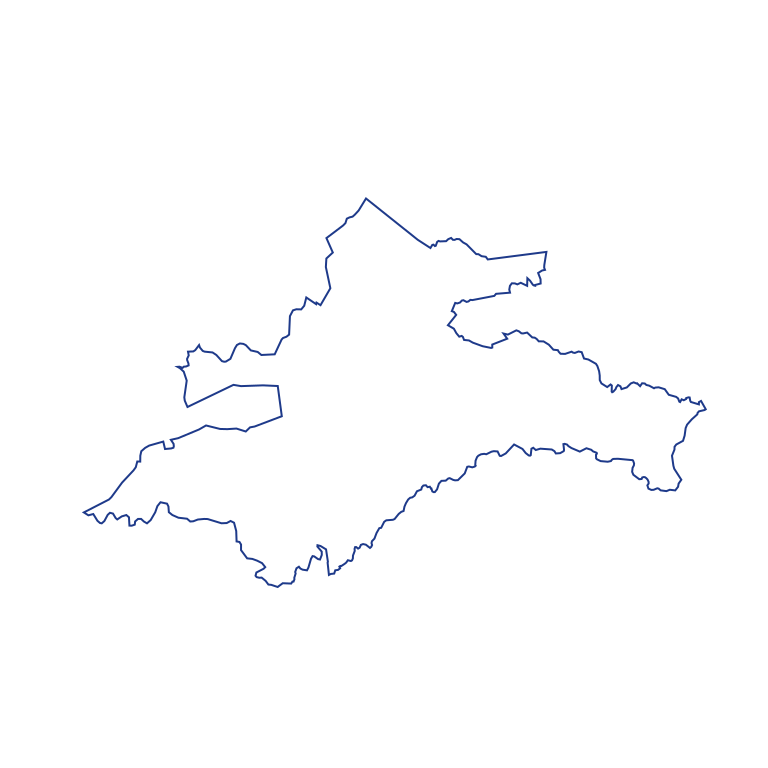 the district of Banderilla, Veracruz, Mexico, rotated 352°
{"feature_id": "50627088B79728757861785", "entity_name": "Banderilla", "entity_type": "district", "adm_level": 2, "iso_a3": "MEX", "parent_name": "Mexico", "parent_adm1": "Veracruz", "projection": "natural_earth1", "projection_center": [-96.939, 19.59], "detail": "fine", "context": "isolated", "style": "outline", "palette": "blue", "viewbox_px": 768, "rotation_deg": 352, "n_neighbors": 0, "source": "geoboundaries", "source_scale": "gbopen_adm2", "svg_char_len": 6153}
<svg xmlns="http://www.w3.org/2000/svg" viewBox="0 0 768 768"><g transform="rotate(352 384 384)"><path d="M699.1,453.8L695.6,444.9L693.3,445.8L693.0,448.0L692.3,447.7L685.4,444.5L684.9,443.2L684.8,439.9L683.6,439.6L681.3,440.0L681.1,440.9L678.6,441.8L676.6,440.6L674.7,443.1L674.0,442.6L673.2,439.2L671.5,437.4L664.5,434.3L661.3,428.2L655.5,425.5L652.1,425.3L650.8,425.8L646.3,422.5L643.7,421.5L642.3,419.8L639.7,419.2L637.3,421.8L634.7,418.5L634.2,418.7L631.5,417.1L628.5,417.8L624.0,421.2L618.5,422.1L617.8,419.2L615.6,417.6L613.6,419.5L612.7,421.2L610.0,423.5L608.8,423.9L608.4,423.2L609.4,417.2L608.3,416.0L604.6,418.1L599.4,413.7L598.2,410.2L598.8,405.6L598.8,401.3L597.8,395.9L596.7,393.5L589.8,388.2L585.6,386.6L584.2,380.0L581.2,378.9L577.3,379.8L575.5,379.2L574.3,378.1L567.5,379.4L563.0,378.6L561.4,376.2L560.9,374.7L556.5,373.6L552.7,368.0L547.9,364.0L543.2,363.3L541.4,360.6L539.7,359.1L537.3,358.5L532.9,353.0L528.7,353.3L527.1,352.9L524.8,350.5L522.5,349.3L513.6,352.3L509.4,350.7L512.3,356.3L496.7,360.0L496.3,363.0L495.1,363.2L486.9,360.3L477.7,355.4L474.2,352.7L469.4,351.5L468.7,348.4L467.6,347.2L465.1,347.6L462.7,343.7L460.9,339.0L455.5,334.7L465.1,325.6L463.3,322.4L461.3,321.3L465.8,313.6L467.8,314.4L470.6,313.9L472.7,312.2L474.3,312.1L477.2,314.2L479.1,314.0L481.2,312.7L483.3,313.2L505.5,312.1L507.5,310.3L521.5,311.1L521.2,307.9L522.4,304.3L524.6,302.1L527.6,302.6L529.9,303.9L533.5,302.8L539.4,306.7L540.7,299.2L543.0,302.0L545.2,306.4L546.2,307.3L547.3,307.7L547.3,307.0L553.1,306.3L553.6,302.0L552.1,295.5L556.4,293.6L559.3,293.4L558.8,291.1L559.3,288.5L563.2,275.8L504.1,275.1L502.5,272.2L498.4,271.0L495.6,268.6L493.4,268.2L485.2,257.2L482.0,254.8L478.9,251.1L476.1,250.5L474.0,251.1L472.3,250.8L470.8,248.7L467.8,249.5L465.4,251.2L459.4,250.6L457.9,249.9L456.4,250.7L454.5,254.3L453.6,254.5L452.4,252.9L451.2,253.0L448.9,255.8L437.5,245.9L392.0,197.8L383.0,208.7L378.6,212.3L376.2,213.9L373.1,214.2L370.2,215.1L368.2,219.3L365.6,221.3L347.3,231.5L351.6,246.7L344.4,251.7L342.7,260.1L344.2,281.7L332.1,297.1L328.5,294.0L327.9,295.5L319.1,287.5L315.9,295.4L312.4,298.6L307.6,297.8L304.1,298.4L300.3,303.7L296.9,321.9L294.0,323.6L290.4,324.4L288.8,325.7L279.9,339.4L266.6,338.2L263.4,334.7L256.8,332.2L252.6,326.3L250.3,324.7L246.9,323.8L243.8,324.9L241.4,327.8L235.4,337.7L230.5,339.8L228.8,339.7L226.7,338.8L222.0,331.9L218.6,328.9L210.9,327.0L209.1,326.0L206.8,322.3L206.3,319.7L201.8,324.2L199.7,325.2L194.4,324.7L194.6,328.5L192.5,331.7L192.4,332.9L193.2,336.4L193.1,338.4L190.5,339.1L188.1,339.0L186.8,340.0L183.9,338.4L182.0,338.3L184.1,339.9L187.4,343.9L189.1,353.2L184.4,369.4L184.4,372.8L186.2,379.4L234.8,363.9L242.1,366.2L264.0,368.5L278.5,371.2L278.3,401.7L250.0,408.1L245.3,408.3L240.5,411.8L231.7,407.6L222.6,406.9L215.4,405.7L202.0,400.3L194.5,403.3L172.6,409.0L165.2,409.6L167.3,414.0L167.2,416.4L166.6,417.8L164.3,418.2L158.1,417.9L157.4,410.3L142.9,412.3L138.6,414.0L134.3,416.8L132.7,421.1L131.8,426.9L128.9,426.4L126.6,431.9L123.9,434.7L110.9,445.2L98.3,458.1L95.6,460.1L68.9,469.4L73.0,472.9L78.0,472.3L81.2,479.6L83.4,482.1L85.1,482.7L88.0,480.8L92.2,475.1L94.7,473.4L97.6,474.6L99.6,479.4L101.0,481.0L105.9,478.6L110.6,477.9L112.9,480.5L112.2,488.8L114.4,489.2L117.6,488.6L118.4,485.5L121.6,483.4L124.7,483.8L127.1,486.8L129.9,489.0L134.0,486.3L139.6,479.2L142.6,473.4L146.2,470.0L152.5,472.3L153.5,475.3L153.1,481.0L156.2,484.3L161.8,487.8L170.2,490.0L173.0,493.2L176.0,493.4L180.8,492.3L187.1,492.6L190.6,493.2L203.7,499.3L208.9,499.8L213.0,498.3L216.2,500.5L217.2,509.0L216.1,519.4L218.9,520.3L220.1,523.1L219.3,528.6L224.2,537.6L229.3,538.9L233.8,541.3L238.3,544.4L240.9,548.8L239.1,550.2L231.4,552.9L230.1,556.0L231.0,557.5L233.5,558.5L235.9,558.7L239.4,562.5L241.6,566.5L244.4,567.2L250.4,570.2L256.0,567.2L264.3,568.7L265.9,566.9L266.9,567.1L268.1,565.0L268.2,563.4L270.1,559.4L269.9,557.8L271.7,554.3L274.3,553.1L275.5,555.1L277.5,556.5L281.8,557.8L283.6,555.3L287.4,546.9L289.3,544.5L290.9,545.0L294.3,548.2L296.2,548.9L298.6,544.6L299.0,541.3L295.4,535.7L295.7,534.4L298.6,535.6L303.6,539.7L303.7,552.3L303.3,553.0L302.9,565.4L304.9,564.7L308.3,564.8L309.8,561.7L312.6,561.7L314.9,560.4L314.4,558.6L315.5,558.1L316.2,558.4L320.0,556.6L321.7,555.6L323.7,553.5L326.6,554.7L327.8,554.2L328.9,552.4L329.4,549.6L331.8,545.2L331.9,543.2L332.7,541.5L333.8,541.6L335.4,543.4L337.1,542.7L338.7,540.1L341.0,539.6L343.7,540.6L347.3,544.4L348.7,543.5L349.8,541.8L349.5,539.8L350.2,538.0L353.0,535.8L355.9,530.5L359.3,526.1L361.2,526.0L365.0,520.5L367.3,519.3L373.9,519.7L375.7,519.2L380.5,514.7L383.3,513.0L385.7,512.5L387.2,508.3L389.2,505.0L391.9,501.7L394.1,500.3L396.2,500.2L398.7,498.9L401.7,494.8L406.2,493.7L407.2,491.4L408.9,490.0L411.4,490.1L412.8,492.2L415.1,492.1L416.0,494.3L416.4,494.2L416.9,497.1L418.1,498.0L419.3,498.1L421.9,495.7L424.5,490.3L427.4,487.9L431.7,488.3L434.5,486.5L436.0,486.4L439.2,488.6L441.0,489.3L443.8,489.5L451.5,483.8L454.9,477.6L456.6,477.5L459.8,478.8L462.4,478.4L463.4,477.7L463.1,476.9L464.0,472.7L466.0,469.3L467.5,468.1L470.3,467.1L473.5,467.1L475.5,467.8L481.0,466.0L483.4,465.8L487.1,466.6L488.6,471.2L489.9,471.6L494.9,469.7L504.4,462.0L512.1,467.6L514.7,472.1L517.4,474.9L518.6,475.3L519.4,474.9L521.0,468.6L522.9,467.9L525.1,470.5L529.8,469.8L541.0,472.2L543.4,474.2L544.5,476.7L548.8,477.0L552.6,475.5L553.1,474.5L553.3,468.5L554.6,468.4L556.9,469.5L557.9,471.1L560.7,473.5L568.5,478.2L575.5,475.8L580.1,478.0L581.6,479.8L585.0,481.7L585.1,482.6L584.1,483.6L583.7,487.2L584.4,488.2L587.8,490.5L594.7,492.1L598.0,491.9L599.0,490.8L600.5,490.1L605.2,490.6L619.5,494.0L620.0,494.5L620.6,497.5L620.1,499.4L618.5,501.6L617.5,505.5L618.3,508.6L623.5,513.8L625.9,513.9L626.7,512.5L628.0,512.3L629.3,512.5L630.6,513.7L631.7,515.3L632.4,517.7L632.2,519.4L630.7,521.0L631.3,524.4L634.0,526.1L636.3,526.3L640.1,525.3L641.4,525.8L643.1,527.8L648.8,529.4L652.3,528.5L657.6,529.9L660.9,526.7L661.9,523.6L665.1,520.2L659.6,508.3L659.2,505.2L659.2,495.1L662.5,489.4L663.0,486.6L665.0,484.6L672.2,481.9L674.5,477.0L676.6,469.6L678.5,466.4L683.9,461.8L690.0,457.7L690.5,456.3L692.1,454.9L697.8,454.4L699.1,453.8Z" fill="none" stroke="#1e3a8a" stroke-width="2"/></g></svg>